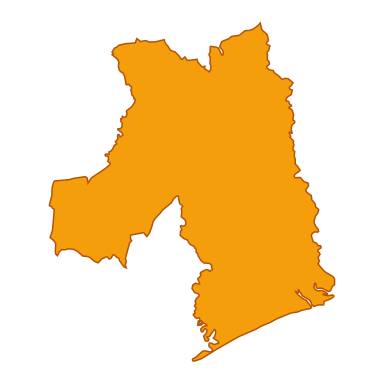 outline of Mocubela, Zambezia, Mozambique
{"feature_id": "85939544B38416709222197", "entity_name": "Mocubela", "entity_type": "district", "adm_level": 2, "iso_a3": "MOZ", "parent_name": "Mozambique", "parent_adm1": "Zambezia", "projection": "mercator", "projection_center": [37.746, -17.006], "detail": "fine", "context": "isolated", "style": "filled", "palette": "amber", "viewbox_px": 384, "rotation_deg": 0, "n_neighbors": 0, "source": "geoboundaries", "source_scale": "gbopen_adm2", "svg_char_len": 5981}
<svg xmlns="http://www.w3.org/2000/svg" viewBox="0 0 384 384"><path d="M212.4,349.9L211.8,351.4L210.5,352.0L205.1,350.9L202.6,351.2L195.7,357.4L193.0,358.7L192.4,359.8L192.7,360.8L194.9,361.0L201.4,358.7L219.1,347.8L238.6,336.7L255.8,329.3L261.1,326.2L270.3,322.4L276.4,319.0L291.2,312.9L297.6,312.0L302.0,310.2L309.9,308.6L311.4,307.7L311.5,307.2L306.2,300.3L302.9,298.7L298.1,294.8L295.0,291.0L297.8,292.8L298.5,292.7L298.3,289.8L298.8,290.1L302.5,295.9L308.8,299.5L310.5,301.3L312.2,305.6L313.4,305.5L313.8,306.4L318.8,304.9L323.7,304.9L324.0,302.2L324.6,301.2L329.7,299.3L332.9,297.5L333.8,296.3L333.7,295.5L332.4,295.0L327.9,295.7L323.9,294.9L323.2,294.6L323.5,293.9L326.9,294.6L327.5,294.3L327.4,293.6L325.2,292.0L321.5,290.3L318.8,291.0L316.3,290.3L314.9,289.1L313.7,287.0L314.4,285.9L314.4,283.7L315.5,283.3L316.1,284.7L316.2,287.3L317.2,288.3L322.1,288.2L328.1,291.4L329.6,291.3L330.8,290.3L332.3,286.5L334.6,284.6L334.6,278.9L332.8,276.5L325.9,272.4L323.1,270.0L317.8,263.7L318.7,263.1L318.8,261.8L319.5,261.2L318.0,257.5L320.0,254.3L319.6,253.0L318.0,251.5L317.9,250.5L318.5,249.5L320.8,248.1L321.1,247.2L320.6,245.8L318.1,245.7L316.6,243.2L313.2,241.7L311.3,235.6L311.9,234.1L313.5,232.4L315.0,231.8L317.3,232.2L318.6,231.5L318.3,229.5L315.9,226.5L314.3,223.4L314.1,221.0L315.5,216.0L317.8,213.0L318.7,210.0L318.1,208.9L315.9,207.3L314.9,203.4L311.8,199.9L311.4,195.7L307.3,192.6L306.0,191.1L305.6,190.2L308.5,185.8L308.4,183.7L307.7,182.9L304.0,181.7L300.4,177.5L295.0,177.7L294.3,176.7L294.3,175.5L295.2,174.1L299.5,171.1L300.1,170.2L297.6,166.4L295.3,163.9L295.2,159.0L294.3,156.5L294.7,151.5L293.3,150.2L292.9,148.4L294.0,145.0L293.3,143.0L293.6,141.0L289.9,137.2L290.7,136.1L289.1,132.9L289.8,132.0L291.7,133.4L292.2,133.0L291.3,129.5L291.4,127.0L292.4,124.6L294.7,122.7L294.7,121.6L294.4,120.8L292.7,119.8L293.7,114.9L292.3,110.6L291.3,109.2L288.8,108.0L289.2,107.2L291.5,106.2L291.4,105.2L289.7,104.1L288.5,101.3L286.3,101.0L285.8,100.3L287.0,97.4L291.1,94.7L292.4,90.1L289.8,89.2L289.3,87.8L289.7,86.8L291.1,85.8L293.0,82.7L288.4,78.8L285.4,78.3L283.0,79.2L281.5,78.9L279.1,76.2L274.3,72.7L273.3,70.5L269.2,69.7L266.6,67.5L266.8,66.5L269.2,64.5L269.5,63.7L269.1,61.7L267.3,59.6L267.5,54.7L267.0,53.1L267.4,51.7L268.6,50.8L269.9,45.8L266.3,44.0L266.6,42.7L268.5,40.5L267.5,35.9L266.9,34.3L261.9,29.9L260.2,23.0L258.3,25.3L253.3,29.0L250.1,30.3L245.0,30.7L239.3,35.3L231.6,36.4L228.9,38.6L221.7,41.6L219.7,46.9L222.3,49.7L223.0,51.2L223.2,54.3L222.7,55.0L221.9,55.1L221.2,54.0L219.0,49.0L217.9,47.8L216.3,47.2L210.6,46.3L210.1,47.4L210.3,51.4L209.0,54.6L210.3,57.9L210.0,63.1L211.1,67.4L210.4,70.2L209.2,72.0L208.3,71.0L204.8,68.9L204.4,68.2L205.0,66.9L204.8,66.1L202.8,67.0L201.2,66.2L197.7,61.8L197.1,59.3L188.0,60.5L186.8,59.8L184.9,56.9L182.0,59.4L181.3,59.2L178.9,55.8L175.0,51.8L171.7,50.9L170.0,49.7L167.9,46.1L166.0,44.2L164.6,41.6L164.3,39.7L155.1,41.9L149.3,42.0L145.7,40.6L140.5,41.5L136.9,38.6L135.1,42.9L125.3,43.7L118.6,45.3L117.1,46.9L114.6,48.1L112.1,51.9L112.2,52.6L113.5,53.7L112.1,54.8L116.3,58.1L118.3,60.5L118.8,62.0L118.4,66.3L119.3,70.1L120.7,71.7L122.9,73.1L124.6,76.2L126.0,84.3L126.7,84.8L128.8,84.3L129.7,85.7L131.4,86.7L131.6,88.2L130.7,90.1L131.4,91.4L131.8,94.7L133.2,96.1L134.1,98.9L135.1,99.2L135.4,99.9L134.4,102.8L131.6,106.9L126.7,110.6L126.4,111.7L127.0,113.7L126.2,116.5L124.2,117.5L122.4,116.3L121.8,118.8L120.7,118.8L120.8,121.0L122.2,123.5L122.0,126.8L120.5,128.7L118.1,128.7L117.8,129.7L121.4,132.2L122.8,134.5L122.8,135.3L120.2,136.9L119.3,135.0L118.6,134.6L117.8,134.8L117.5,135.8L118.0,138.6L115.3,141.8L116.6,143.2L116.6,143.9L114.2,145.5L113.1,148.1L111.1,151.0L109.0,151.9L109.1,154.1L105.7,154.1L105.0,155.0L105.6,156.0L108.0,156.3L108.3,156.7L108.4,159.3L107.7,161.3L110.4,163.3L110.0,164.5L105.1,168.7L91.4,177.9L88.0,183.1L87.3,178.1L85.4,176.6L74.1,178.3L68.6,179.7L54.5,181.0L53.7,182.1L52.1,187.9L51.9,195.3L49.4,204.9L49.4,205.8L51.7,206.5L52.3,208.1L54.3,209.4L52.5,230.2L50.1,237.5L54.2,241.0L55.7,243.6L55.3,251.7L55.8,254.1L57.5,255.7L59.3,251.9L61.7,249.6L64.8,249.8L68.6,248.8L73.5,249.3L77.3,251.3L83.0,256.1L87.5,256.5L89.7,257.3L94.5,261.4L98.1,262.9L101.6,259.0L106.5,256.8L107.8,257.2L108.8,258.9L109.8,258.9L111.3,258.0L112.7,255.2L113.9,254.6L116.9,257.4L118.8,258.2L119.6,260.8L124.0,266.9L126.3,267.9L125.3,265.0L126.3,261.8L125.4,258.5L129.5,243.2L131.7,240.8L130.4,238.7L130.6,235.1L143.6,232.6L146.9,236.5L149.4,233.2L151.7,227.0L153.0,222.0L155.2,218.4L160.6,212.7L162.2,210.3L171.1,203.1L173.6,199.0L176.7,196.0L178.2,196.1L179.5,203.3L182.8,206.3L181.2,208.7L181.9,211.6L181.2,216.8L185.0,219.8L185.9,222.8L185.7,224.5L184.9,225.6L183.1,226.2L180.9,225.6L180.4,226.2L181.8,229.7L180.5,231.4L180.2,235.3L183.4,238.3L187.5,240.1L188.8,242.8L190.4,244.6L194.3,246.6L194.7,247.9L196.2,249.5L196.1,252.1L197.7,253.8L198.3,256.2L201.1,260.7L204.0,263.0L209.4,263.4L211.8,265.5L211.5,267.2L212.5,269.5L210.7,270.3L210.3,271.3L209.5,271.2L208.4,270.0L206.8,269.6L204.2,270.4L200.6,272.5L200.2,273.5L200.8,274.7L200.6,275.9L197.7,278.9L199.7,283.6L198.3,284.1L195.4,283.2L194.3,283.9L192.7,285.2L192.0,288.5L194.5,292.4L198.8,294.2L199.0,294.6L198.8,296.6L197.0,297.7L195.1,301.0L195.9,304.0L195.1,304.6L194.5,306.3L196.0,307.4L196.1,308.4L195.3,310.2L194.4,310.9L195.1,313.3L193.4,314.1L193.3,314.9L195.3,317.5L196.8,318.5L198.6,317.7L199.4,318.0L200.0,320.4L198.2,321.1L198.1,322.2L199.4,322.3L201.1,320.7L202.0,321.2L201.8,323.1L199.8,324.1L198.0,323.6L197.8,325.4L201.3,324.9L203.6,322.8L206.9,325.2L206.7,325.8L203.3,326.3L200.7,329.1L201.1,331.2L202.1,332.0L202.9,331.6L204.8,328.8L205.9,329.0L206.9,330.1L206.8,331.6L205.9,333.8L203.6,336.2L205.3,340.9L207.3,341.2L208.4,340.9L208.9,339.0L207.1,337.5L207.2,336.6L209.5,336.5L213.6,330.4L214.6,329.5L215.4,330.0L215.7,332.9L214.8,336.2L213.3,338.3L217.6,341.0L218.8,342.9L218.3,343.5L216.5,343.6L214.7,344.6L210.9,343.0L209.5,343.0L208.9,344.2L209.1,346.6L211.8,348.6L212.4,349.9Z" fill="#f59e0b" stroke="#b45309" stroke-width="1.5"/></svg>